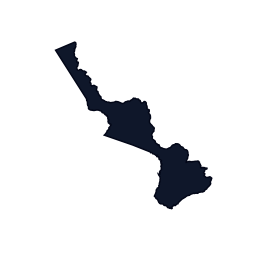 the district of Teruel, Huila, Colombia, rotated 25°
{"feature_id": "7082276B17617494286143", "entity_name": "Teruel", "entity_type": "district", "adm_level": 2, "iso_a3": "COL", "parent_name": "Colombia", "parent_adm1": "Huila", "projection": "orthographic", "projection_center": [-75.687, 2.832], "detail": "fine", "context": "isolated", "style": "filled", "palette": "ink", "viewbox_px": 256, "rotation_deg": 25, "n_neighbors": 0, "source": "geoboundaries", "source_scale": "gbopen_adm2", "svg_char_len": 5949}
<svg xmlns="http://www.w3.org/2000/svg" viewBox="0 0 256 256"><g transform="rotate(25 128 128)"><path d="M191.0,182.3L192.1,182.1L192.9,182.7L193.8,182.8L194.3,182.5L194.6,182.2L194.9,182.1L195.5,182.5L196.3,182.4L196.8,182.7L197.0,183.0L197.4,183.2L197.9,183.3L198.7,182.9L199.3,183.2L199.7,183.1L199.8,182.6L201.3,182.8L201.5,182.3L201.9,182.2L201.9,181.9L201.5,181.5L201.0,181.4L200.9,181.2L201.9,179.4L202.2,179.0L202.1,178.2L202.7,178.1L203.1,178.2L203.3,178.4L203.7,178.2L204.3,176.4L205.3,175.5L205.1,174.5L207.0,169.6L209.1,166.5L209.6,165.4L210.4,164.2L212.2,162.9L212.5,162.0L213.8,160.5L214.5,160.1L214.9,159.4L215.8,159.3L217.1,158.3L218.6,157.8L219.0,157.4L219.1,156.9L219.6,156.2L222.1,154.6L222.8,154.4L222.9,154.0L223.8,153.1L223.9,152.1L223.8,151.7L225.0,150.0L225.1,148.7L226.3,145.5L226.3,144.8L226.5,144.2L226.3,143.2L225.3,142.1L225.4,140.5L225.1,138.1L223.4,137.6L222.9,137.7L222.2,138.0L221.6,139.0L220.5,139.3L219.5,139.9L219.0,139.8L218.7,139.5L217.1,139.2L217.2,138.2L216.9,137.0L215.4,136.8L215.4,136.4L215.6,134.5L215.3,133.9L215.3,133.1L215.5,132.9L215.6,132.4L215.7,132.2L216.5,132.1L216.7,131.9L216.6,131.1L216.0,131.2L215.7,131.6L215.0,131.9L214.5,131.5L214.2,131.7L213.8,131.7L213.6,132.1L213.2,131.9L212.8,132.3L212.2,132.3L212.0,132.8L211.5,132.8L211.3,133.2L210.8,133.3L210.5,133.1L210.6,132.7L210.4,132.6L210.1,132.0L209.8,131.9L209.6,131.5L209.8,131.3L209.6,131.1L209.4,131.0L208.8,130.4L208.1,130.0L207.8,129.6L207.1,129.4L207.0,128.8L206.6,128.8L205.9,128.3L205.6,128.4L205.4,128.7L204.9,128.6L203.9,129.4L203.3,129.6L202.3,130.2L201.9,130.6L200.9,131.0L200.3,131.8L199.3,131.8L199.1,132.1L197.8,132.3L197.5,132.6L197.0,132.8L195.3,134.6L195.1,134.4L195.0,133.7L194.8,133.0L194.8,132.0L194.7,131.3L194.8,130.1L194.3,129.0L194.1,127.0L193.8,126.6L193.1,125.9L192.5,124.6L191.4,123.5L190.6,123.2L190.2,123.1L188.9,123.5L187.7,123.4L185.8,122.3L183.6,122.5L182.1,121.6L181.1,121.3L179.7,121.3L179.2,121.8L178.5,121.8L177.6,122.3L177.4,123.3L176.2,124.1L175.5,124.9L175.0,127.0L174.5,128.2L173.8,128.6L172.4,130.5L171.4,131.1L169.6,131.6L168.3,131.8L167.0,131.7L166.0,132.2L165.6,132.1L164.0,131.0L163.4,130.3L163.0,130.1L162.8,130.2L162.7,130.6L162.4,130.7L161.3,130.2L159.3,129.8L158.7,129.5L158.3,128.5L156.2,127.9L155.1,127.8L154.4,127.3L154.0,126.4L153.8,125.5L152.3,124.4L152.1,122.0L152.8,119.9L152.2,118.7L152.0,117.4L151.8,117.1L151.3,116.6L149.9,116.3L148.6,115.5L146.8,114.9L145.3,114.0L144.8,113.3L144.1,111.3L144.1,110.9L144.3,110.1L144.1,109.2L143.6,108.9L143.3,108.4L143.4,107.8L142.1,106.5L140.8,106.1L140.0,105.2L140.3,104.3L139.7,102.9L139.5,102.6L138.7,102.8L138.2,102.6L137.5,102.6L137.2,102.4L136.8,102.0L136.6,101.2L136.0,100.3L135.1,99.4L134.5,99.1L134.0,97.6L132.9,97.0L132.2,96.9L131.4,97.2L131.3,97.4L131.4,98.0L131.2,98.3L130.0,99.7L129.6,99.8L128.0,98.7L127.4,98.0L125.7,97.8L125.4,97.7L125.2,97.4L123.5,98.0L123.2,98.3L121.8,98.0L120.9,98.7L120.3,98.7L119.8,100.4L119.1,101.3L118.8,101.9L118.5,102.1L118.3,102.9L118.1,103.3L116.6,103.5L116.3,104.3L115.7,104.5L114.5,105.5L114.0,107.0L112.9,108.0L112.1,108.3L108.0,108.4L105.7,109.1L105.4,109.4L104.7,110.4L101.7,112.3L100.8,112.7L99.7,112.6L98.6,113.3L97.5,113.3L96.3,113.6L95.1,113.3L93.6,113.2L92.3,113.4L91.3,112.9L90.1,111.1L88.8,110.8L87.4,110.0L86.2,109.0L85.3,107.7L83.8,107.6L83.3,106.9L82.7,104.4L82.4,103.9L81.3,103.9L79.3,103.7L78.7,104.0L77.4,105.3L76.9,104.9L76.1,104.9L75.8,103.7L75.3,103.1L74.9,102.9L74.3,103.1L74.0,102.8L73.8,101.7L73.8,100.1L73.6,99.5L73.0,99.2L70.9,98.6L70.0,98.0L69.6,97.9L68.7,98.4L66.9,98.1L66.7,98.0L66.3,97.5L66.7,95.1L64.5,94.8L63.1,95.4L62.7,95.4L61.1,94.9L60.4,95.0L59.5,95.6L59.1,96.4L58.6,96.8L57.9,96.8L57.2,96.5L56.6,95.9L55.8,94.4L56.2,93.0L55.8,91.5L55.6,91.2L55.5,90.1L55.1,89.5L54.7,89.4L53.6,89.8L53.0,88.9L52.7,86.6L51.4,86.6L50.6,86.4L49.1,85.5L48.4,84.6L48.3,83.8L46.9,82.4L46.9,82.0L47.1,81.4L46.7,80.4L46.7,79.7L46.3,79.1L45.8,78.9L46.4,77.8L46.2,77.1L46.4,76.5L45.6,75.2L45.5,74.2L44.6,72.9L44.3,72.7L43.3,72.8L29.5,88.1L78.4,119.3L78.4,119.6L79.0,120.6L79.9,120.8L80.0,121.4L80.6,122.2L80.9,122.9L81.4,123.8L81.9,124.2L82.0,124.6L83.1,125.1L83.4,125.7L83.6,125.9L83.7,126.6L84.3,127.3L86.2,127.6L87.3,127.2L88.0,127.1L88.3,127.0L88.5,126.6L89.3,126.7L90.1,126.3L91.7,125.1L93.4,124.3L95.8,124.1L96.6,123.9L97.4,124.2L97.7,124.7L98.2,124.9L99.7,124.6L101.5,125.5L102.0,125.3L103.2,126.0L103.3,125.9L103.2,125.7L103.3,125.6L104.0,125.6L104.5,126.4L105.2,126.7L105.9,128.3L106.2,128.5L106.9,128.5L107.3,128.8L107.4,129.7L106.9,130.0L107.0,130.3L108.2,131.7L109.1,131.6L109.3,131.9L109.9,132.1L110.1,131.9L110.9,131.9L111.3,132.6L111.0,134.9L110.6,135.6L110.7,136.2L111.5,136.6L111.2,137.0L110.8,138.1L110.8,138.6L110.4,139.1L110.3,139.8L110.6,140.6L110.2,142.3L110.0,143.2L110.1,143.6L109.6,144.2L109.5,144.5L139.4,141.4L158.1,140.3L159.1,140.8L159.7,140.3L160.4,140.3L160.8,140.5L161.4,140.9L161.8,140.8L162.4,140.5L163.1,140.7L163.8,140.6L164.4,140.9L165.1,141.0L165.6,140.7L165.5,141.0L166.2,141.7L166.7,141.6L166.8,141.3L167.5,141.4L167.6,141.1L167.9,141.1L168.1,141.5L168.4,141.5L169.2,143.0L169.5,143.2L170.2,143.4L170.8,143.1L171.3,143.4L172.0,143.3L172.2,143.8L172.1,144.3L171.9,144.5L171.9,144.8L172.2,145.1L172.5,145.0L172.8,146.0L173.0,146.2L173.4,146.1L173.9,146.3L173.6,146.9L174.1,147.5L173.9,147.7L174.0,148.7L174.3,148.7L174.4,149.1L174.9,149.5L175.0,150.3L175.6,150.8L175.9,151.6L175.5,152.4L175.2,153.8L175.4,154.0L175.6,154.3L175.3,154.8L175.5,155.0L175.9,154.9L176.0,155.4L175.9,155.7L175.9,156.0L176.3,156.3L176.1,156.6L176.1,156.8L175.6,157.1L175.1,157.0L175.7,157.6L177.5,158.6L178.7,160.4L178.8,161.2L179.3,162.1L179.5,162.9L179.8,164.9L180.4,166.0L180.4,166.4L180.2,167.0L180.9,168.1L180.8,169.3L180.0,170.0L180.0,171.2L179.8,172.0L179.9,172.6L180.3,172.9L180.7,175.6L180.7,178.5L180.9,178.8L181.8,178.9L183.2,180.0L184.3,180.1L185.3,180.5L187.3,182.3L188.6,182.9L189.7,182.9L191.0,182.3Z" fill="#0f172a" stroke="#020617" stroke-width="1.5"/></g></svg>